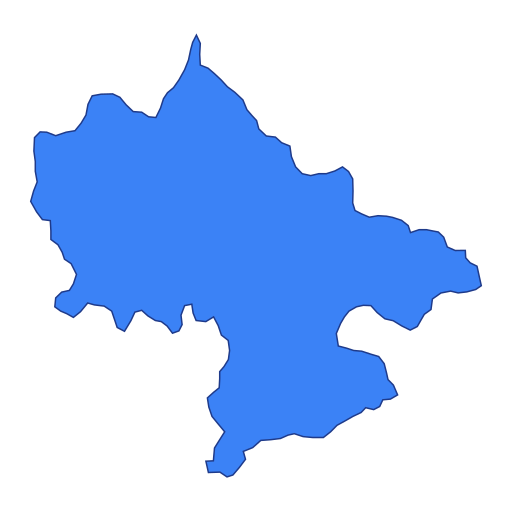 Santana do Garambéu, Minas Gerais, Brazil (Robinson projection)
{"feature_id": "56859067B9374705932151", "entity_name": "Santana do Garambéu", "entity_type": "district", "adm_level": 2, "iso_a3": "BRA", "parent_name": "Brazil", "parent_adm1": "Minas Gerais", "projection": "robinson", "projection_center": [-44.061, -21.638], "detail": "fine", "context": "isolated", "style": "filled", "palette": "blue", "viewbox_px": 512, "rotation_deg": 0, "n_neighbors": 0, "source": "geoboundaries", "source_scale": "gbopen_adm2", "svg_char_len": 2557}
<svg xmlns="http://www.w3.org/2000/svg" viewBox="0 0 512 512"><path d="M227.0,476.9L232.9,475.0L239.3,467.5L245.5,459.3L243.3,451.4L252.7,447.6L260.8,440.4L270.6,439.7L280.4,438.5L288.1,435.1L294.3,433.7L303.1,436.6L312.6,437.5L323.4,437.5L330.6,431.8L337.0,425.3L344.5,421.2L352.9,416.4L361.1,412.5L365.7,407.7L373.7,409.6L379.7,406.5L382.8,399.8L390.4,399.1L397.6,394.9L393.4,385.1L388.0,379.6L386.5,372.8L384.2,363.7L378.7,356.5L370.9,354.2L361.7,351.2L353.7,350.5L346.7,348.2L338.3,346.0L336.3,333.5L340.6,323.4L344.4,316.9L349.0,311.1L356.5,306.8L363.3,305.3L370.9,305.6L377.1,312.5L384.9,318.8L393.2,320.7L401.9,326.0L410.2,330.1L417.3,326.5L420.6,320.7L424.3,314.3L431.0,309.5L432.4,299.0L440.9,293.0L450.6,291.1L458.1,292.9L466.8,291.9L475.7,289.5L481.3,285.7L479.0,275.3L477.0,266.2L470.1,262.8L465.7,257.8L465.3,250.4L455.2,250.5L447.3,247.0L443.7,237.2L438.3,232.0L432.5,230.9L426.5,229.7L419.1,229.7L410.5,232.6L408.2,225.6L401.5,220.3L392.6,217.4L386.5,216.2L378.0,215.7L369.3,217.2L361.4,213.8L355.0,210.5L352.7,203.0L353.0,191.0L352.7,178.9L348.5,171.5L342.5,166.9L334.8,171.0L326.3,173.7L318.8,173.7L310.7,175.6L302.2,173.7L295.6,166.9L291.4,156.6L289.9,146.1L281.6,142.7L275.4,137.1L266.3,136.0L258.8,128.9L256.6,120.6L251.7,115.3L246.9,109.7L242.9,99.9L234.8,92.3L227.3,86.7L221.4,80.2L214.7,73.9L208.1,68.2L200.3,65.1L199.7,54.3L200.3,43.4L196.4,35.1L192.7,42.3L190.8,49.2L188.5,60.0L184.6,69.8L178.9,80.0L173.5,87.7L167.5,92.7L163.5,98.7L160.5,108.1L155.9,117.5L148.6,116.8L141.7,112.2L133.2,111.6L126.0,104.7L119.9,97.3L112.7,93.9L101.0,94.2L92.2,95.8L88.0,104.3L86.0,115.0L81.1,123.2L75.0,130.7L66.1,132.2L55.7,135.7L46.7,132.2L40.1,131.9L34.5,137.6L33.9,151.1L35.3,161.5L35.3,171.3L37.2,181.9L33.6,191.0L30.7,201.4L36.6,211.9L42.4,219.6L50.3,220.6L50.9,230.9L50.9,239.5L58.0,244.8L62.2,252.3L64.5,259.2L71.1,263.6L76.5,274.4L73.4,283.9L69.4,290.4L61.7,292.1L55.7,297.9L54.8,306.8L60.7,311.1L66.8,313.7L73.4,317.4L80.5,311.7L87.7,303.0L94.4,304.9L104.2,306.1L111.7,311.1L114.7,320.0L117.2,327.5L124.5,331.3L130.9,320.7L134.9,312.1L141.7,310.3L147.9,315.9L155.3,320.5L161.3,321.6L167.1,326.0L172.5,333.2L178.9,330.9L182.1,324.6L181.0,315.2L184.6,305.6L191.8,304.2L193.1,313.0L196.1,320.5L205.8,321.6L213.6,316.9L218.2,325.6L221.4,335.1L228.2,340.4L229.6,350.5L228.4,359.5L224.0,366.6L219.7,371.6L219.7,378.7L219.2,387.8L213.6,392.3L207.4,397.9L208.8,407.0L212.0,416.4L217.8,423.5L224.7,431.8L219.7,439.7L214.5,448.0L213.4,460.8L205.9,461.2L208.4,472.5L219.9,472.1L227.0,476.9Z" fill="#3b82f6" stroke="#1e3a8a" stroke-width="1.5"/></svg>